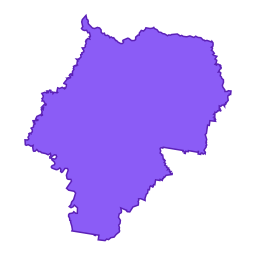 the district of Kyogle, New South Wales, Australia
{"feature_id": "25037944B88748338867232", "entity_name": "Kyogle", "entity_type": "district", "adm_level": 2, "iso_a3": "AUS", "parent_name": "Australia", "parent_adm1": "New South Wales", "projection": "robinson", "projection_center": [152.788, -28.646], "detail": "fine", "context": "isolated", "style": "filled", "palette": "violet", "viewbox_px": 256, "rotation_deg": 0, "n_neighbors": 0, "source": "geoboundaries", "source_scale": "gbopen_adm2", "svg_char_len": 5671}
<svg xmlns="http://www.w3.org/2000/svg" viewBox="0 0 256 256"><path d="M105.1,240.6L106.6,239.1L108.6,239.6L110.8,237.7L114.1,237.1L116.1,234.5L119.3,231.9L119.6,230.9L119.1,228.8L119.5,227.9L118.7,225.1L120.0,223.5L120.4,220.3L118.5,217.3L119.2,213.9L121.3,212.6L121.5,211.1L120.7,207.9L126.6,210.3L126.4,210.7L127.3,211.7L129.8,211.9L132.9,207.0L138.3,205.0L138.5,202.4L138.1,201.5L138.7,200.4L138.6,198.8L140.8,198.7L145.1,200.5L145.0,198.4L146.3,194.3L147.6,193.1L148.1,189.6L149.4,189.8L149.9,186.6L150.5,185.9L151.2,186.4L152.0,186.0L152.5,187.0L153.2,186.8L153.6,184.6L154.8,184.8L155.6,179.8L159.9,180.5L160.1,179.4L162.3,180.4L162.6,178.6L163.3,178.6L164.0,177.0L164.6,177.3L166.1,175.3L172.1,174.5L172.2,173.4L170.6,173.6L170.1,172.6L171.0,171.5L169.5,171.3L169.6,170.0L169.0,169.3L167.7,169.6L168.6,168.1L166.6,167.5L166.9,166.3L164.8,165.2L165.5,163.4L164.2,162.5L165.1,160.7L164.2,160.3L164.4,159.5L163.3,159.2L162.7,155.1L161.7,155.0L161.8,154.3L160.1,153.1L160.7,150.9L160.0,148.9L160.4,148.1L161.4,147.7L162.8,148.1L163.1,147.3L163.6,147.3L183.1,150.5L182.9,151.6L184.5,151.9L184.3,153.3L185.3,153.5L185.7,151.3L188.2,151.7L188.4,150.6L198.1,152.3L198.5,150.7L198.1,154.0L200.7,154.4L200.9,153.3L201.9,152.9L203.2,154.1L204.9,153.1L205.2,153.5L205.4,152.3L204.0,150.2L206.2,146.9L206.0,145.7L206.6,145.3L206.6,144.4L205.9,142.9L206.5,142.2L206.1,141.8L206.7,139.5L205.2,134.5L206.4,133.4L207.6,125.1L209.3,125.4L209.9,120.7L215.5,121.3L215.0,120.1L215.6,119.7L215.2,118.9L214.6,118.9L215.0,118.2L214.4,118.0L214.6,117.1L214.1,117.0L214.8,116.5L214.9,114.6L214.2,114.4L214.6,114.2L214.3,113.6L214.7,113.5L215.0,112.3L215.6,112.7L216.7,112.2L217.7,110.8L218.7,110.9L219.3,110.2L220.6,110.9L220.8,110.4L219.7,110.0L220.1,109.4L219.4,109.0L219.9,108.6L219.3,108.0L219.3,105.9L220.7,106.5L221.9,105.2L223.5,105.0L224.5,106.3L224.4,105.4L225.1,104.7L224.7,104.2L226.0,103.8L225.8,102.7L226.3,102.8L228.2,100.3L227.7,96.9L228.1,95.6L229.4,95.0L229.4,94.2L230.6,94.4L231.0,91.0L228.2,90.7L227.5,91.4L225.0,91.5L224.8,89.9L222.7,86.9L222.4,85.2L223.5,82.4L223.4,79.7L221.8,78.4L221.4,77.0L220.2,75.8L220.8,72.9L219.5,71.8L218.4,72.0L219.9,69.3L221.0,68.6L221.2,67.7L220.5,67.2L220.9,66.0L220.4,65.2L219.8,65.6L219.6,64.9L217.8,64.0L216.8,64.3L216.6,65.0L215.0,64.3L216.1,63.1L216.8,60.3L215.0,59.0L216.9,56.3L214.2,55.5L212.8,54.6L214.3,53.3L212.5,50.9L211.5,50.5L212.5,48.7L212.4,47.9L211.4,47.3L212.9,46.2L213.1,44.4L213.0,42.8L211.9,41.3L211.7,42.0L207.0,40.4L204.8,40.8L204.0,40.0L203.2,40.1L200.9,37.7L197.8,37.4L195.7,36.2L194.0,37.5L189.9,35.9L186.8,36.8L183.3,36.4L181.7,35.4L180.1,35.9L177.4,34.0L171.7,34.5L170.3,35.2L168.8,34.9L167.5,35.7L164.7,33.9L162.7,33.6L161.0,32.4L158.8,32.1L157.1,29.8L154.4,28.5L153.8,27.4L152.5,28.2L150.1,28.5L145.9,27.8L145.4,29.1L143.6,31.0L141.3,30.4L139.3,33.1L139.2,35.1L138.1,35.0L135.7,37.1L135.6,39.6L134.4,40.5L131.6,40.6L128.7,38.4L127.6,38.2L123.1,40.2L122.7,41.0L123.6,41.9L123.4,42.5L122.4,43.5L120.8,43.6L118.1,42.2L116.5,40.5L115.8,40.6L113.7,37.7L112.9,38.0L111.1,36.9L109.8,37.7L108.9,36.0L107.5,35.2L105.9,35.5L104.9,34.9L104.4,33.2L102.6,33.6L101.2,32.3L101.1,29.9L99.6,28.0L97.4,27.4L94.7,28.5L92.5,28.1L88.5,24.0L88.0,22.4L88.3,21.2L87.7,19.7L86.8,19.3L86.0,15.4L82.3,19.6L81.7,21.9L82.8,26.7L81.5,28.5L82.5,29.7L84.3,30.5L86.6,30.3L88.0,32.8L89.4,32.5L90.4,36.0L89.6,36.5L90.1,36.7L89.2,38.2L89.6,39.0L87.9,38.5L86.0,40.2L86.5,40.8L85.6,41.5L86.2,43.5L85.2,45.2L85.4,46.7L84.1,47.9L82.6,47.9L83.0,48.3L82.5,48.7L83.8,50.4L83.8,51.8L81.7,52.9L82.0,54.2L80.7,54.7L81.0,56.9L80.7,57.5L78.9,58.7L79.0,59.3L76.4,59.1L78.0,61.0L77.2,61.7L76.9,64.2L77.4,64.9L76.8,65.0L76.7,65.6L75.5,65.9L75.3,65.4L73.5,66.4L73.9,67.3L73.3,68.6L73.9,69.4L72.5,71.4L72.5,75.3L71.7,75.2L71.0,73.8L70.0,74.3L69.3,75.5L70.4,76.5L70.5,77.6L69.7,78.1L68.9,77.6L67.5,78.0L67.5,78.4L68.2,78.1L67.9,78.9L66.9,78.5L67.2,79.1L63.9,83.1L63.8,83.5L66.4,84.5L66.3,86.3L65.5,88.2L64.7,88.8L64.2,87.8L63.5,88.3L62.2,87.3L59.6,88.5L57.7,87.8L56.9,91.3L57.7,92.4L57.1,92.8L54.1,92.3L53.0,93.6L52.6,92.0L50.8,92.3L50.9,90.4L49.8,90.1L49.0,90.7L48.3,92.3L47.3,90.9L46.7,91.0L47.4,92.5L46.9,93.0L44.8,92.3L41.8,93.4L43.3,96.0L42.9,97.9L42.0,98.5L42.5,99.2L42.0,101.0L43.7,101.0L44.7,103.1L46.0,104.0L46.2,104.8L45.7,105.2L44.1,104.6L41.7,107.1L43.6,107.3L43.2,109.6L41.9,108.4L41.2,109.1L42.1,112.0L41.4,113.9L42.3,114.4L42.4,115.2L41.5,115.6L40.2,114.9L36.9,116.4L35.8,118.7L36.8,119.8L37.8,119.8L37.8,120.4L36.6,120.6L35.8,119.7L34.8,120.6L33.0,120.7L33.2,121.4L34.6,122.1L33.6,122.9L35.0,123.9L33.6,125.0L33.5,127.0L31.1,128.2L32.3,129.9L32.3,131.8L31.0,132.9L31.0,133.8L29.6,133.2L28.8,133.8L29.3,135.2L28.0,137.2L28.8,138.9L27.6,140.0L25.0,139.8L25.3,144.7L26.2,145.3L28.3,144.7L31.1,146.2L33.1,145.4L32.7,147.3L33.3,150.8L33.8,151.3L35.3,151.1L36.8,149.5L38.6,151.6L40.4,151.6L41.5,152.7L45.7,153.6L48.1,154.8L50.4,153.4L50.9,155.4L49.7,156.9L50.0,158.2L51.3,157.9L52.3,156.2L54.5,154.8L56.1,155.1L56.7,156.7L55.7,158.6L54.5,159.1L52.8,158.7L51.8,159.3L52.0,160.0L54.2,161.8L54.9,163.4L54.5,164.7L52.1,165.7L51.4,166.6L51.3,167.2L52.0,168.1L56.2,169.7L57.7,169.5L59.8,168.0L60.9,169.3L60.6,171.5L61.6,172.4L62.5,171.9L64.9,168.4L67.4,168.5L67.9,169.2L68.1,170.4L66.4,175.2L67.0,178.5L68.1,179.3L70.9,179.4L71.5,181.1L66.5,188.3L68.7,190.2L74.2,191.3L75.6,193.1L73.6,199.6L71.6,202.0L70.9,204.7L69.2,206.6L71.0,207.7L73.2,206.7L74.3,205.1L77.5,207.8L77.3,213.3L75.7,213.3L73.8,211.7L72.8,213.0L69.4,213.6L68.6,214.8L68.6,216.5L69.5,217.9L69.8,220.4L70.7,220.8L70.6,222.1L71.8,226.1L72.4,229.7L71.9,230.9L94.2,234.5L94.3,235.3L95.5,235.5L95.6,234.7L98.9,235.2L98.2,239.8L105.1,240.6Z" fill="#8b5cf6" stroke="#5b21b6" stroke-width="1.5"/></svg>